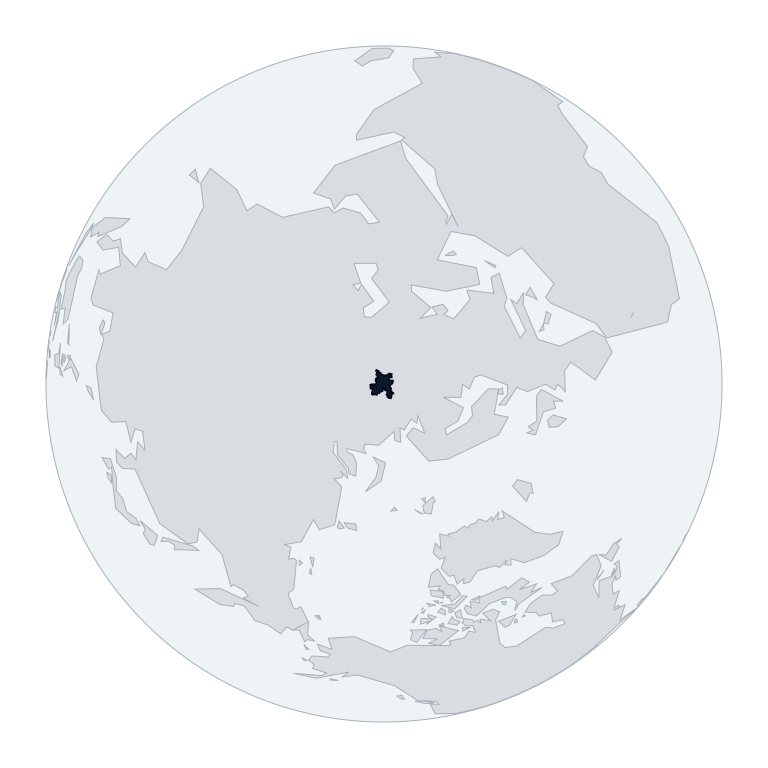 Kirov highlighted on a globe, orthographic projection, rotated 176°
{"feature_id": "RUS-2384", "entity_name": "Kirov", "entity_type": "Region", "adm_level": 1, "iso_a3": "RUS", "parent_name": "Russia", "parent_adm1": "", "projection": "orthographic", "projection_center": [49.311, 58.566], "detail": "fine", "context": "on_globe", "style": "filled", "palette": "ink", "viewbox_px": 768, "rotation_deg": 176, "n_neighbors": 0, "source": "natural_earth", "source_scale": "10m", "svg_char_len": 16087}
<svg xmlns="http://www.w3.org/2000/svg" viewBox="0 0 768 768"><g transform="rotate(176 384 384)"><circle cx="384" cy="384" r="338" fill="#eef3f6" stroke="#a8b0b8"/><path d="M295.8,57.8L305.3,55.5L299.2,56.9L307.7,54.8L318.4,52.8L335.4,50.3L355.8,51.5L360.4,61.5L351.6,60.6L353.7,63.6L365.0,65.2L371.9,65.6L394.5,82.3L430.5,95.5L446.2,94.7L439.3,99.2L472.0,95.2L494.3,101.7L466.4,97.5L461.4,99.7L475.2,105.3L473.1,108.9L478.6,113.8L474.9,117.7L458.9,115.6L456.2,118.3L466.1,122.2L468.6,129.1L454.4,122.8L457.4,134.2L431.2,134.1L396.3,116.3L379.0,121.7L335.7,118.4L336.9,122.9L321.2,125.3L316.7,131.6L310.0,129.8L312.3,136.6L319.3,137.1L322.6,140.4L320.6,144.4L311.7,142.4L311.4,140.2L307.7,141.7L304.1,139.2L304.7,142.7L294.1,140.3L301.6,148.6L290.6,151.7L284.4,148.5L289.1,141.1L286.4,117.2L281.5,112.7L270.0,113.3L239.6,130.0L232.5,128.7L220.0,132.4L221.9,136.4L232.4,135.0L233.0,143.9L245.8,141.7L247.8,145.2L259.3,146.6L253.1,154.8L240.9,162.3L231.0,161.8L225.3,165.3L231.1,173.1L209.3,179.8L188.9,197.9L183.7,199.1L180.1,187.4L189.2,168.5L184.6,155.6L183.0,172.9L170.1,176.3L166.1,180.8L164.1,186.1L167.2,188.4L161.9,191.7L161.4,175.3L166.3,172.1L166.4,177.1L170.6,168.5L170.2,158.5L163.7,161.5L170.0,144.8L165.4,147.0L164.2,144.9L171.1,142.4L158.9,146.9L165.3,131.8L148.7,142.3L169.9,125.6L180.5,116.8L191.9,107.6L189.3,108.9L208.0,96.2L219.2,89.0L218.9,89.2L243.6,76.6L269.3,66.1L295.8,57.8ZM129.8,161.3L129.1,162.2L136.5,154.0L149.0,141.2L152.9,137.5L153.5,136.9L145.7,144.6L119.7,173.7L128.3,163.0L129.8,161.3ZM143.1,149.5L147.2,145.1L143.7,149.0L143.1,149.5ZM375.3,65.3L365.4,64.9L356.0,62.5L364.5,62.3L375.3,65.3ZM392.9,71.8L387.7,72.3L385.8,68.0L389.3,69.0L392.9,71.8ZM457.9,93.7L450.2,91.4L458.4,92.5L457.9,93.7ZM480.0,113.9L482.9,113.5L484.5,116.3L480.0,113.9ZM262.0,142.0L260.6,144.2L259.2,142.8L262.0,142.0ZM268.2,140.6L267.4,137.4L270.3,136.3L270.7,138.3L268.2,140.6ZM480.3,125.0L482.0,129.8L477.5,124.5L480.3,125.0ZM268.4,144.9L275.4,134.8L280.4,133.0L286.2,139.3L268.4,144.9ZM481.2,132.4L485.7,144.7L492.4,144.8L476.0,152.0L477.6,138.9L471.0,132.1L477.7,134.4L481.2,132.4ZM322.4,135.6L314.8,135.2L323.0,132.0L322.4,135.6ZM326.8,132.8L347.1,119.3L357.3,122.3L348.4,126.0L363.1,127.4L358.1,135.4L348.9,136.5L343.3,132.9L345.6,138.8L326.8,132.8ZM466.2,154.3L464.9,157.2L463.2,153.8L466.2,154.3ZM324.6,141.5L327.8,138.3L336.8,140.6L332.1,147.4L330.7,144.5L324.6,141.5ZM369.4,124.0L375.3,127.1L372.8,134.4L374.8,136.7L358.8,135.9L369.4,124.0ZM327.6,145.9L329.5,150.9L323.4,153.5L322.1,144.8L327.6,145.9ZM341.2,138.4L345.3,139.9L341.4,141.3L341.2,138.4ZM302.8,166.1L306.5,161.9L311.5,162.7L302.8,166.1ZM330.6,152.6L332.6,151.6L335.0,151.6L335.0,155.3L330.6,152.6ZM358.2,141.3L356.0,143.8L364.6,141.9L363.2,147.6L352.8,146.2L356.6,149.2L356.2,151.0L348.2,147.9L358.2,141.3ZM342.1,159.0L328.4,159.6L320.5,167.1L315.8,166.5L329.3,154.7L342.1,159.0ZM346.4,152.7L342.6,156.4L338.7,153.6L338.8,149.4L346.4,152.7ZM365.9,152.1L370.9,143.7L372.9,144.4L365.9,152.1ZM340.6,161.7L343.9,161.5L340.5,162.5L340.6,161.7ZM359.0,155.6L360.5,152.5L362.8,153.3L359.0,155.6ZM349.4,163.9L345.0,164.0L344.9,161.0L349.4,163.9ZM354.4,160.5L357.3,162.4L347.5,159.9L354.7,159.0L354.4,160.5ZM361.0,156.9L362.9,156.3L360.0,158.1L361.0,156.9ZM352.2,175.4L339.9,173.0L339.7,166.3L351.7,169.5L352.2,175.4ZM214.5,676.3L186.2,653.2L191.3,649.8L187.2,640.7L164.5,606.6L169.3,596.7L163.9,586.8L152.4,579.8L146.5,567.5L139.9,561.6L100.5,526.0L90.5,501.7L83.3,448.4L91.8,443.1L96.9,425.9L158.7,414.4L167.9,429.3L212.0,453.2L216.8,459.4L207.4,472.3L237.1,510.4L251.7,502.8L282.9,525.5L306.4,531.5L322.3,504.1L283.9,493.7L281.5,476.7L315.7,472.2L349.9,481.0L350.0,474.7L332.0,456.9L343.4,447.1L326.1,449.7L330.5,457.4L319.7,459.5L315.1,452.7L319.3,449.3L310.1,443.9L292.3,462.1L294.7,471.9L268.2,466.7L269.8,482.8L261.3,486.5L255.4,460.9L258.8,453.5L244.8,420.3L238.9,427.4L251.7,459.5L246.0,454.9L238.1,465.7L239.7,453.8L227.4,417.7L205.8,409.4L172.0,422.8L160.8,415.5L154.2,399.8L172.9,373.2L196.0,392.9L202.9,384.6L203.7,363.8L210.7,371.8L213.8,366.0L223.1,372.5L241.5,366.4L251.7,371.3L264.2,354.6L271.1,355.1L261.7,364.6L260.7,374.3L286.7,386.4L293.3,384.6L299.3,373.0L305.7,378.2L308.2,365.4L325.7,366.5L306.4,354.8L313.0,341.8L326.4,335.1L325.0,328.9L303.2,339.9L297.7,346.4L298.4,355.1L280.2,371.9L270.1,371.0L276.1,346.1L262.4,342.3L273.1,325.4L325.5,304.6L344.7,303.9L365.4,330.6L357.9,338.2L346.8,332.1L352.3,350.0L354.1,342.6L359.5,347.2L367.1,336.6L371.2,339.4L371.4,324.7L377.3,327.0L377.1,336.2L393.4,323.3L407.1,325.2L408.8,321.0L406.7,316.0L425.5,322.1L425.9,318.8L419.9,315.4L416.8,306.8L418.7,294.1L425.1,296.9L425.3,301.9L435.3,316.8L434.8,330.0L437.6,329.9L439.5,319.2L427.4,300.9L426.7,292.5L433.6,300.2L431.1,296.7L432.7,293.5L440.4,293.0L433.3,284.3L443.0,247.0L458.8,243.1L463.9,253.6L477.4,232.4L494.1,230.8L488.5,227.6L491.3,216.0L486.1,216.3L483.6,213.9L488.3,185.7L494.3,181.7L490.0,167.0L487.2,165.5L482.5,167.5L476.0,152.0L492.4,144.8L498.0,148.5L504.5,142.0L516.4,151.6L529.3,157.0L538.7,172.2L548.1,175.6L549.5,172.7L563.3,175.6L586.8,192.5L561.5,191.4L525.0,171.1L539.3,180.2L534.2,182.1L538.2,188.0L548.5,194.4L550.8,192.6L557.6,225.4L578.6,252.3L581.7,239.3L590.8,238.3L617.4,260.4L638.3,316.5L650.6,318.0L656.1,324.6L655.9,337.3L647.9,327.9L641.3,332.4L636.8,325.5L633.8,343.6L627.2,334.6L628.0,353.6L635.5,356.6L640.6,343.6L644.1,364.6L658.4,364.8L667.8,377.6L669.9,421.4L660.4,447.9L661.5,453.3L653.7,455.9L649.4,473.9L668.7,483.2L670.3,490.0L660.5,517.7L659.2,513.4L638.7,520.5L639.2,539.0L654.9,537.1L660.5,545.7L650.3,552.5L644.1,545.3L636.8,547.4L635.7,532.7L623.7,517.8L613.2,531.7L611.0,522.5L592.9,513.1L576.1,531.8L551.5,573.4L552.9,596.6L542.3,611.2L517.3,588.2L508.6,566.4L498.0,572.4L473.5,557.3L426.8,564.6L421.6,558.2L412.5,562.4L395.5,556.3L388.1,544.8L377.2,545.6L397.4,575.4L409.3,574.2L421.2,562.0L424.4,572.3L440.9,579.4L417.5,605.7L350.5,625.3L346.5,607.3L308.4,547.2L311.0,541.1L310.9,540.3L310.6,538.9L304.6,548.5L298.9,535.6L316.5,579.0L318.4,595.2L349.5,626.3L346.0,628.6L356.8,634.7L394.4,629.1L394.1,634.7L374.8,658.5L324.9,681.3L333.0,696.8L332.0,706.3L304.3,706.3L310.2,711.5L296.3,709.2L297.8,710.5L291.9,709.1L265.2,700.4L239.3,689.4L214.5,676.3ZM133.0,432.9L130.3,437.6L130.2,437.6L133.0,432.9ZM383.5,505.0L405.6,506.4L400.1,486.2L408.1,485.3L403.3,479.0L399.6,484.8L388.3,467.3L399.5,461.3L399.0,452.2L391.6,451.4L373.0,465.3L388.9,490.1L381.9,498.2L383.5,505.0ZM97.0,206.4L92.9,213.6L96.3,207.3L97.0,206.4ZM115.4,178.9L111.5,184.3L116.0,178.3L100.3,201.0L107.1,190.4L110.9,185.0L115.4,178.9ZM140.9,150.3L137.6,153.8L137.2,153.9L140.9,150.3ZM140.5,152.4L141.4,151.3L143.9,149.0L140.5,152.4ZM170.2,177.2L170.0,178.7L167.1,184.0L166.5,181.6L170.2,177.2ZM166.0,208.7L157.5,213.4L163.1,208.1L160.6,205.3L169.4,191.2L181.6,199.0L174.5,197.8L166.0,208.7ZM184.6,175.2L177.6,182.8L184.8,174.2L184.6,175.2ZM222.2,329.5L223.5,336.4L217.3,341.3L204.4,336.5L213.3,329.2L222.2,329.5ZM226.9,345.2L236.4,322.7L244.8,325.3L238.5,327.5L243.1,331.5L234.1,336.3L232.8,361.4L227.3,367.5L206.5,354.4L216.3,355.1L214.4,348.0L226.9,345.2ZM245.9,265.4L250.1,257.0L262.9,273.3L257.4,279.3L244.2,274.6L242.9,264.6L245.9,265.4ZM277.2,158.6L278.0,155.2L280.5,155.6L281.9,158.8L277.2,158.6ZM304.1,164.1L276.3,173.9L275.8,170.5L260.2,181.0L252.8,176.2L263.2,169.4L245.7,174.0L252.1,165.9L240.5,170.1L264.4,155.5L269.5,148.9L266.6,158.0L273.3,162.5L277.7,162.5L294.0,157.6L308.2,146.1L317.1,149.3L319.6,154.5L317.5,157.8L312.4,154.6L313.3,161.2L304.3,159.2L304.1,164.1ZM343.8,221.6L338.7,215.4L339.0,230.6L330.1,227.7L330.7,229.7L322.5,231.3L313.6,236.8L310.1,234.3L308.1,237.6L302.7,238.9L298.8,242.7L291.2,239.6L285.9,244.1L285.4,240.1L278.2,248.7L280.1,240.9L273.2,242.3L275.0,249.1L243.7,225.5L229.0,222.5L215.7,224.5L220.9,211.6L236.6,201.8L256.5,195.9L269.9,201.0L269.8,194.5L276.1,195.2L273.5,200.0L281.3,193.0L285.9,194.9L303.6,191.2L312.0,180.6L318.7,179.2L317.7,184.3L325.0,179.4L327.6,188.3L332.5,187.7L339.9,196.1L335.1,206.8L340.9,205.3L346.8,212.0L343.8,221.6ZM353.9,178.0L350.3,190.9L343.6,195.9L333.5,179.3L328.7,178.6L322.0,168.7L331.9,161.9L332.9,165.3L336.2,167.1L331.8,168.5L337.8,168.7L339.4,173.5L344.4,175.1L341.9,178.8L353.9,178.0ZM225.0,457.0L229.2,460.1L236.4,463.2L231.5,470.3L225.0,457.0ZM216.1,432.5L220.3,433.8L216.9,444.8L212.5,441.7L216.1,432.5ZM225.4,425.5L220.7,433.0L220.7,427.1L225.4,425.5ZM265.9,365.3L270.8,366.2L270.1,369.3L266.2,372.3L265.9,365.3ZM342.9,268.1L341.1,263.3L343.2,262.2L345.9,251.0L352.8,252.5L353.8,259.9L342.9,268.1ZM314.2,507.8L305.8,511.8L302.9,508.2L306.4,507.5L314.2,507.8ZM265.4,492.3L275.2,500.1L264.0,494.1L265.4,492.3ZM350.9,267.9L351.2,263.0L354.4,266.9L350.9,267.9ZM358.0,253.1L362.2,256.6L353.9,251.4L358.0,253.1ZM390.6,708.4L372.2,719.6L355.9,718.7L351.0,715.9L356.5,709.1L374.8,707.3L383.3,702.7L390.6,708.4ZM696.4,512.1L699.6,504.8L699.2,505.8L696.4,512.1ZM693.4,517.8L697.5,509.0L692.2,521.0L693.4,517.8ZM699.0,505.6L703.1,494.8L704.9,489.4L704.2,491.7L699.0,505.6ZM690.3,523.9L670.9,555.1L662.3,564.9L665.1,559.4L678.9,540.8L690.3,523.9ZM664.3,560.2L650.3,569.6L625.9,566.6L634.8,559.4L659.2,551.0L657.8,555.1L666.3,551.1L664.3,560.2ZM695.5,500.0L693.9,509.5L683.9,526.4L678.9,533.0L675.6,528.4L677.5,520.4L681.8,514.2L694.6,470.8L699.9,466.2L696.8,481.9L700.9,481.3L695.5,500.0ZM554.7,597.9L563.5,606.2L557.3,611.4L554.7,597.9ZM696.9,446.9L693.7,465.8L695.7,445.0L696.9,446.9ZM696.4,430.3L698.0,434.1L694.7,434.2L696.4,430.3ZM664.1,459.9L659.7,467.5L658.2,464.4L662.9,452.8L664.1,459.9ZM674.9,388.5L680.1,398.5L681.1,403.2L676.5,400.5L674.9,388.5ZM410.0,277.8L398.6,291.3L394.9,302.9L400.0,311.9L387.9,305.3L393.6,287.5L410.0,277.8ZM438.3,250.4L433.7,243.1L438.9,242.7L440.6,244.3L438.3,250.4ZM433.3,248.4L421.8,246.3L421.4,239.9L430.5,242.8L433.3,248.4ZM386.1,256.6L382.2,260.4L379.7,257.1L386.1,256.6ZM719.0,428.5L718.8,429.4L720.0,419.0L717.9,430.9L720.4,413.2L720.6,413.5L719.0,428.5ZM713.7,455.0L713.3,457.6L712.3,460.1L713.7,455.0ZM715.1,448.6L717.5,438.3L714.7,451.4L715.1,448.6ZM703.3,477.7L704.6,479.2L708.9,465.2L705.6,478.0L707.5,478.3L706.1,483.7L704.4,482.7L702.3,493.8L700.3,498.4L700.1,493.7L702.6,479.7L704.5,471.1L711.7,449.7L703.3,477.7ZM715.4,442.8L714.6,440.4L715.0,434.2L716.1,433.7L715.4,442.8ZM710.4,435.9L706.3,437.3L703.9,447.4L707.3,422.4L711.0,425.2L710.4,435.9ZM704.7,427.5L702.6,437.0L703.8,424.0L704.7,427.5ZM701.3,436.4L699.5,432.2L701.9,427.4L701.3,436.4ZM706.0,424.1L703.9,414.2L706.5,416.4L706.0,424.1ZM694.6,423.1L702.3,419.7L694.8,431.5L687.7,415.3L690.4,408.4L694.6,423.1ZM666.6,315.4L662.2,311.9L662.7,304.5L665.6,309.0L666.6,315.4ZM660.3,278.7L661.4,301.4L661.6,320.4L664.6,318.3L670.3,330.2L662.2,328.7L657.5,309.2L658.5,296.5L652.5,287.5L649.5,274.5L640.7,267.2L637.4,259.7L645.7,262.6L660.3,278.7ZM636.8,264.6L620.4,248.8L624.2,239.2L628.6,240.4L634.6,251.6L632.2,256.0L636.8,264.6ZM617.5,242.3L615.1,246.6L585.8,235.6L580.5,231.0L604.8,233.4L603.8,237.7L610.4,242.4L617.5,242.3ZM468.6,158.0L465.2,157.3L468.1,155.8L468.6,158.0ZM480.7,214.3L477.8,210.9L481.3,209.0L480.7,214.3ZM471.8,200.5L469.9,204.9L469.3,199.0L471.8,200.5ZM466.0,215.2L467.8,206.1L469.9,216.6L466.0,215.2Z" fill="#d9dde1" stroke="#a8b0b8" stroke-width="1"/><path d="M387.6,395.6L387.5,395.4L387.3,395.1L387.2,395.1L387.3,395.3L387.2,395.3L387.0,395.2L386.9,395.2L386.8,395.3L386.8,395.5L386.5,395.4L386.5,395.0L386.6,394.6L386.6,394.4L386.4,394.4L386.4,394.2L386.1,394.0L385.8,393.9L385.5,393.9L385.4,393.8L385.3,393.6L385.4,393.4L385.3,393.2L385.3,392.8L384.7,392.8L384.4,392.9L384.3,393.1L383.8,393.0L383.7,392.7L383.5,392.4L383.5,392.2L383.6,391.8L383.7,391.5L383.6,391.3L383.0,391.6L383.0,391.9L383.2,392.0L383.0,392.5L382.9,392.7L382.6,392.7L382.5,392.3L382.2,392.2L381.9,392.3L381.6,392.2L381.2,392.5L381.0,392.4L380.8,392.2L380.4,392.5L380.6,392.6L380.3,392.8L380.4,393.0L380.2,393.2L379.9,393.2L379.7,393.3L379.6,393.2L379.5,393.3L379.2,393.2L379.1,392.8L378.9,392.9L379.0,393.1L378.8,393.1L378.6,393.3L378.4,393.6L378.2,393.7L378.2,394.0L378.0,393.9L377.9,393.9L377.8,394.0L377.2,394.1L377.1,393.7L376.8,393.5L376.7,393.6L376.4,393.4L376.0,393.5L375.6,393.4L375.8,393.2L375.7,393.1L375.8,392.9L375.8,392.6L375.8,392.3L375.8,392.1L375.8,391.9L376.1,391.9L376.1,391.7L375.9,391.4L375.7,391.2L375.7,390.9L375.9,390.8L375.8,390.7L375.7,390.8L375.7,390.6L375.9,390.5L376.0,390.4L375.9,390.0L376.0,390.0L376.4,390.1L376.7,390.2L376.8,390.2L377.5,389.8L377.8,389.9L377.9,390.0L378.2,390.0L378.2,389.8L378.3,389.7L378.4,389.3L378.4,389.0L378.5,388.8L378.5,388.6L378.5,388.4L378.7,388.2L379.0,388.0L379.2,387.9L379.1,387.7L378.7,387.5L378.2,387.3L378.0,387.1L377.9,387.1L375.5,387.0L375.3,386.9L375.0,387.0L374.7,386.7L374.8,386.6L374.7,386.5L374.8,386.0L375.0,385.9L375.0,385.3L375.2,385.2L375.2,384.9L375.4,384.8L375.6,384.6L375.5,384.3L375.6,384.1L375.6,383.9L375.8,383.7L375.9,383.8L376.9,383.6L376.9,383.1L377.2,382.9L377.3,382.7L377.6,382.8L377.9,382.5L377.8,382.4L377.9,382.2L377.9,381.9L378.1,381.9L378.3,381.8L378.4,382.0L378.7,382.0L378.8,381.9L378.7,381.4L378.7,381.0L378.4,380.6L378.4,380.4L378.2,380.5L377.7,380.0L377.7,379.9L377.8,379.2L377.2,379.1L377.5,377.2L377.5,376.9L377.4,376.8L377.0,376.7L376.9,376.5L376.9,376.3L377.3,374.8L377.3,374.7L376.9,374.7L376.7,375.0L376.5,374.9L376.4,375.0L376.2,374.9L376.0,375.0L375.8,374.8L375.6,374.7L375.4,374.6L375.3,374.1L375.2,373.9L375.4,373.9L375.6,373.8L375.8,373.8L376.2,373.8L376.4,373.9L376.5,373.9L376.7,373.5L376.7,373.4L376.8,373.2L376.7,373.1L376.9,372.8L376.9,372.6L376.9,372.4L377.1,372.2L377.4,372.0L377.5,372.0L377.4,371.9L377.4,371.7L377.2,371.6L377.4,371.2L377.6,370.6L377.5,370.4L377.7,369.8L377.9,369.6L378.0,369.4L378.1,369.2L378.8,369.3L379.0,369.2L379.2,369.3L379.3,369.4L379.7,369.5L379.9,369.6L380.1,369.6L380.2,370.2L381.4,370.5L381.8,372.0L381.6,372.4L381.7,372.5L382.0,373.0L381.8,373.0L382.1,373.2L382.4,373.4L382.2,373.7L381.6,374.2L381.5,374.4L381.5,374.8L381.6,375.8L381.6,376.7L381.6,377.2L381.8,377.3L383.3,377.5L383.2,378.5L383.3,378.6L383.5,378.4L383.8,378.6L384.0,378.7L384.1,378.9L384.2,379.0L384.7,379.1L384.7,379.3L384.6,380.0L385.1,380.2L385.4,380.1L385.5,380.1L385.5,379.3L385.5,379.2L385.5,378.6L385.4,378.5L385.4,378.4L385.6,377.6L386.2,377.4L385.9,377.0L386.0,376.9L386.7,377.0L386.9,376.6L387.2,376.5L387.5,376.4L388.0,376.3L388.4,376.3L389.2,375.1L389.5,375.1L389.9,375.3L390.0,375.4L390.2,375.7L390.2,375.8L390.6,375.7L391.3,374.7L391.4,374.3L391.6,373.9L392.0,373.5L393.2,374.1L395.9,374.2L396.1,374.0L396.6,374.3L396.9,375.1L396.9,375.5L396.9,376.2L396.8,376.6L396.7,376.9L396.2,377.0L396.2,377.7L396.1,378.1L396.0,378.4L395.8,378.8L395.7,379.0L395.8,379.3L396.1,380.0L396.4,380.2L396.7,380.2L397.3,380.5L397.3,380.3L397.4,380.2L397.6,380.3L397.8,380.4L397.7,380.6L397.7,380.8L397.4,381.4L397.4,381.5L397.6,381.8L397.8,382.0L398.0,382.1L397.6,382.7L397.6,382.8L397.6,383.1L397.5,383.3L397.7,383.9L397.8,384.3L397.3,384.3L396.9,384.3L396.6,384.6L396.4,384.7L396.1,384.5L396.0,384.4L395.9,384.3L395.9,384.1L395.7,383.8L395.4,383.9L395.1,383.9L395.1,384.0L395.0,384.6L393.3,384.5L393.1,384.3L392.8,384.3L392.7,384.4L392.2,384.4L391.7,385.1L391.7,385.5L391.3,386.2L391.4,386.3L391.5,386.4L391.8,386.7L391.8,387.0L392.1,387.3L392.0,387.6L391.9,387.7L392.0,387.9L391.9,388.1L392.2,388.2L392.2,388.6L392.1,388.8L392.1,389.1L392.0,389.4L391.9,389.5L391.7,389.7L391.7,389.9L391.5,390.0L391.3,389.9L391.3,390.2L391.2,390.5L391.0,390.3L390.6,390.3L390.3,390.5L390.1,390.4L390.0,390.5L389.9,390.6L389.8,390.9L389.7,391.4L389.8,391.6L389.9,391.9L390.0,392.0L390.2,392.3L390.1,392.5L390.5,393.1L390.4,393.3L390.5,393.5L391.2,393.8L390.9,394.4L390.8,394.5L390.7,395.0L390.1,395.1L390.0,395.7L390.1,395.9L390.0,396.0L389.9,396.1L390.0,396.3L390.2,396.5L390.5,396.5L390.6,396.8L390.6,397.1L390.7,397.3L390.9,397.3L390.8,397.6L391.0,397.7L391.0,397.9L391.0,398.2L390.7,398.3L390.6,398.6L390.3,398.5L390.2,398.2L389.8,398.3L389.4,397.9L389.0,397.7L389.2,397.4L389.1,397.1L389.1,396.9L388.8,396.7L388.8,397.0L388.6,397.1L388.2,397.0L388.3,396.8L388.3,396.7L388.1,396.7L387.9,396.3L387.9,396.1L387.7,395.9L387.8,395.5L387.7,395.5L387.6,395.6Z" fill="#0f172a" stroke="#020617" stroke-width="1.5"/></g></svg>